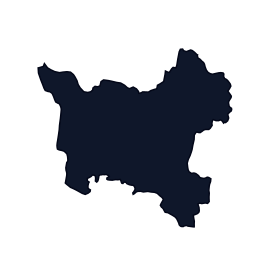 outline of Zhytkavichy, Gomel, Belarus, rotated 100°
{"feature_id": "67162791B281573745440", "entity_name": "Zhytkavichy", "entity_type": "district", "adm_level": 2, "iso_a3": "BLR", "parent_name": "Belarus", "parent_adm1": "Gomel", "projection": "albers", "projection_center": [27.845, 52.192], "detail": "fine", "context": "isolated", "style": "filled", "palette": "ink", "viewbox_px": 256, "rotation_deg": 100, "n_neighbors": 0, "source": "geoboundaries", "source_scale": "gbopen_adm2", "svg_char_len": 3899}
<svg xmlns="http://www.w3.org/2000/svg" viewBox="0 0 256 256"><g transform="rotate(100 128 128)"><path d="M193.0,180.2L193.8,179.1L195.6,175.8L196.4,174.4L197.0,171.9L197.7,169.4L198.5,166.9L199.6,163.7L200.3,161.7L200.8,158.6L199.1,156.0L197.2,154.3L195.5,154.3L195.0,155.8L193.8,157.1L191.7,157.4L189.3,157.3L188.0,156.9L187.5,158.2L186.6,159.0L184.7,159.3L183.6,157.7L182.2,156.0L180.4,154.8L180.4,153.0L181.1,151.7L183.5,151.1L185.9,150.9L186.7,149.4L185.3,148.5L183.3,148.3L181.7,148.3L179.9,148.3L179.0,147.3L178.7,146.0L178.2,144.8L178.0,142.9L177.5,141.4L178.2,139.1L179.1,138.1L179.8,138.9L180.7,140.0L182.0,140.0L182.5,138.9L182.4,136.9L182.1,134.4L181.0,131.4L180.7,129.0L180.0,126.7L181.3,125.7L182.2,125.4L183.5,124.4L183.5,123.4L182.3,122.7L181.8,121.8L181.9,120.6L183.0,119.4L183.6,116.9L183.7,114.8L183.5,113.4L184.0,112.0L185.5,110.9L187.0,110.3L189.7,111.2L191.1,112.0L192.4,111.4L191.6,110.4L189.3,108.6L188.6,107.0L188.1,104.5L188.3,101.8L187.0,97.5L187.0,94.1L186.7,90.8L187.2,87.9L189.1,85.0L190.5,82.4L192.0,80.9L192.9,80.9L194.8,81.6L196.8,82.3L198.5,82.7L200.1,81.3L200.6,80.3L201.5,79.2L202.8,78.2L204.5,76.8L204.5,73.8L205.3,71.7L205.9,69.9L206.7,67.8L207.6,65.8L209.0,64.2L210.9,62.8L212.8,61.5L214.5,60.7L215.5,59.3L215.7,58.3L215.5,56.6L214.6,55.5L213.8,53.5L214.2,52.0L214.1,49.3L214.0,46.7L213.9,45.7L213.4,45.7L211.0,46.2L208.4,46.5L205.2,47.7L202.5,48.5L201.3,46.4L200.1,44.6L198.4,43.5L197.0,43.5L193.9,44.3L190.8,46.0L189.5,44.5L189.6,42.2L188.4,38.9L188.4,36.5L186.4,35.3L183.7,35.9L181.6,36.3L178.0,36.7L175.4,37.6L171.5,37.9L169.3,37.9L166.5,37.4L163.6,37.6L163.3,38.5L162.7,40.0L162.7,41.5L163.5,42.4L164.5,44.4L164.5,47.0L164.2,48.8L162.6,50.3L161.1,53.3L160.9,55.3L161.7,57.6L160.5,60.3L158.8,61.5L156.4,62.4L152.3,63.6L148.4,63.2L144.3,62.1L140.6,61.5L138.1,61.2L133.7,61.2L127.9,60.9L123.5,61.5L120.5,60.3L120.0,59.4L120.2,57.6L120.0,56.1L118.2,54.3L116.9,53.2L116.0,51.5L115.4,48.2L114.0,47.0L110.8,45.6L108.9,46.2L106.3,46.2L104.9,45.5L105.5,42.6L105.0,39.9L103.9,38.5L104.7,36.5L106.6,34.7L105.7,34.0L105.7,32.8L103.6,31.1L100.7,30.6L98.9,31.4L98.5,31.7L96.5,32.1L95.3,30.9L94.9,30.8L93.5,29.4L92.0,29.1L90.6,29.5L90.0,31.0L89.0,32.2L85.8,33.4L84.4,33.4L83.1,33.0L80.2,31.8L78.7,31.8L77.3,33.1L75.3,35.1L74.3,36.1L71.3,34.7L71.0,34.7L68.9,34.0L67.0,34.9L65.7,36.2L64.1,37.9L63.1,39.4L62.5,41.5L60.6,42.8L58.2,43.0L57.3,43.9L57.4,46.3L58.0,48.4L59.1,51.1L60.4,54.2L60.2,56.6L59.3,58.9L57.3,61.0L54.2,62.8L51.9,63.8L50.4,65.0L49.3,67.0L47.9,68.8L46.8,71.4L44.1,72.4L43.9,72.3L43.7,73.0L41.9,75.6L40.6,78.1L40.3,79.8L41.5,81.8L42.7,83.9L42.2,86.7L40.8,87.9L41.4,90.1L44.1,90.8L51.2,90.9L57.9,90.8L60.5,91.3L60.5,94.1L62.2,95.3L63.9,96.0L66.0,96.9L66.1,98.4L65.4,101.0L68.7,100.8L74.3,100.9L76.0,100.9L79.1,104.2L80.8,106.4L82.5,106.4L84.4,106.5L85.5,108.9L87.2,112.0L89.1,114.1L89.9,119.8L91.1,121.2L92.0,123.4L90.2,124.0L88.0,126.5L86.8,130.0L89.0,133.3L88.5,135.6L86.5,138.8L85.0,143.0L85.0,143.3L85.1,147.0L84.8,152.2L84.7,155.5L84.9,160.4L87.0,162.6L89.7,162.8L91.5,163.0L92.7,165.1L92.7,167.7L94.6,169.4L96.8,169.4L98.8,171.0L100.0,173.8L100.0,177.8L96.8,182.1L93.8,184.7L90.2,186.5L86.9,189.1L84.9,191.0L83.0,194.3L83.2,197.9L84.2,201.6L85.4,205.1L85.2,210.0L84.1,214.1L82.7,217.7L79.1,221.5L82.1,222.1L84.0,225.9L84.4,226.9L89.4,225.7L92.5,224.0L95.9,222.1L99.8,219.7L103.5,217.5L105.4,216.0L105.9,213.2L105.9,211.0L107.1,208.7L109.1,207.3L110.5,206.4L112.8,205.1L114.9,203.7L115.8,201.1L116.0,199.9L118.1,198.3L119.8,197.4L121.5,196.9L124.9,196.6L130.2,196.2L137.2,195.9L141.8,195.4L147.5,195.2L152.2,195.1L155.1,195.1L157.6,194.9L159.5,194.4L161.0,193.8L161.5,192.0L161.6,189.2L161.9,187.0L162.9,185.3L164.2,183.6L166.7,182.5L170.1,181.6L171.2,181.6L172.7,182.3L175.5,182.3L177.9,182.3L180.3,181.7L181.9,180.9L183.6,180.3L185.7,180.1L188.4,180.1L190.4,180.1L192.7,180.1L193.0,180.2Z" fill="#0f172a" stroke="#020617" stroke-width="1.5"/></g></svg>